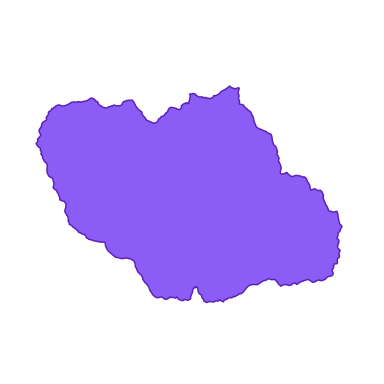 outline of San José Del Palmar, Chocó, Colombia, rotated 68°
{"feature_id": "7082276B34896182965166", "entity_name": "San José Del Palmar", "entity_type": "district", "adm_level": 2, "iso_a3": "COL", "parent_name": "Colombia", "parent_adm1": "Chocó", "projection": "mercator", "projection_center": [-76.278, 4.967], "detail": "fine", "context": "isolated", "style": "filled", "palette": "violet", "viewbox_px": 384, "rotation_deg": 68, "n_neighbors": 0, "source": "geoboundaries", "source_scale": "gbopen_adm2", "svg_char_len": 5990}
<svg xmlns="http://www.w3.org/2000/svg" viewBox="0 0 384 384"><g transform="rotate(68 192 192)"><path d="M280.2,65.9L278.6,66.1L277.2,66.9L275.1,66.9L269.1,65.7L266.6,65.0L264.4,64.9L263.9,65.6L263.9,67.7L263.7,68.7L262.1,70.2L261.6,71.2L260.9,72.0L260.3,72.2L256.1,72.2L254.0,72.6L247.1,72.7L244.0,71.3L240.4,71.5L238.9,72.1L238.2,73.0L238.1,74.1L237.5,75.1L236.0,76.0L234.9,77.3L234.8,80.6L234.6,81.1L232.4,81.1L230.4,80.4L227.6,80.5L226.1,81.0L222.2,81.0L220.7,81.8L219.9,82.4L219.5,84.0L217.8,85.5L216.0,88.4L215.4,90.0L215.4,92.2L215.1,93.3L214.2,94.8L213.2,95.0L211.4,96.2L210.2,96.4L209.3,97.0L209.5,100.2L209.2,101.4L208.3,102.8L206.6,102.8L203.9,100.7L202.3,100.1L199.5,99.9L195.1,100.1L193.3,98.6L190.1,98.8L189.2,99.1L188.7,99.0L186.8,97.7L183.6,97.3L182.0,97.3L180.4,97.7L179.0,98.6L177.9,98.6L174.5,98.2L170.1,97.1L169.1,97.1L167.9,97.3L167.0,98.0L165.4,100.2L163.8,100.5L161.8,102.7L160.0,104.3L158.8,105.9L157.8,106.5L156.2,108.0L149.2,108.0L146.4,107.2L139.8,107.7L138.6,108.1L136.7,109.6L135.1,110.0L134.2,110.7L132.5,111.4L130.9,111.7L129.7,112.7L128.3,115.0L127.6,115.1L126.2,114.1L125.7,114.0L122.4,113.8L120.7,112.4L116.8,111.9L113.9,109.6L113.5,109.4L112.7,109.8L112.7,111.5L112.3,113.6L109.9,116.4L108.0,117.2L108.0,117.8L109.2,122.0L109.8,127.5L111.3,130.4L111.3,132.0L111.6,132.4L111.6,133.5L111.6,134.0L111.0,134.8L110.9,135.4L111.0,135.9L112.1,137.3L112.3,139.8L112.0,140.1L112.0,140.8L110.7,142.3L110.7,143.3L109.5,143.9L108.9,146.0L107.8,146.7L106.7,149.4L106.1,150.3L104.0,151.9L103.0,151.9L102.7,152.5L101.6,153.1L101.6,153.7L101.0,154.5L101.1,155.8L100.6,156.4L100.3,157.2L102.4,157.8L104.5,158.9L107.0,160.9L108.5,161.7L108.6,162.8L107.3,163.3L107.1,163.7L107.2,167.0L108.0,169.4L108.4,169.7L109.7,170.1L111.1,172.3L110.0,174.3L108.7,175.3L107.9,176.3L106.6,178.1L106.3,178.9L105.5,179.8L105.9,182.0L106.4,182.4L106.9,183.3L108.3,184.4L109.2,187.2L109.8,188.2L110.5,188.6L110.7,192.5L111.7,193.7L111.6,194.6L111.8,195.6L113.4,197.1L114.0,198.0L114.2,199.1L114.1,201.0L113.3,202.4L108.2,207.3L105.5,207.7L103.5,208.6L101.6,209.0L98.9,208.6L95.5,210.7L91.7,211.9L87.2,212.2L84.6,212.9L83.9,214.2L83.6,215.8L82.9,217.3L82.6,221.7L83.4,223.1L84.6,224.0L84.9,224.6L85.0,225.6L84.9,226.9L84.0,229.2L83.7,229.9L82.5,231.3L82.1,232.4L82.4,233.9L82.0,234.5L82.1,235.9L81.8,237.0L82.1,239.6L80.6,242.3L78.2,244.2L76.2,245.5L72.9,245.8L71.1,247.3L70.6,247.3L68.9,248.2L67.9,249.0L67.2,250.2L67.1,251.5L67.7,252.9L67.9,255.1L67.8,257.2L67.2,259.3L67.2,261.0L65.7,263.4L65.4,265.7L64.3,267.5L63.7,269.8L64.4,274.4L64.4,277.6L63.7,280.0L61.5,282.5L61.2,284.1L61.1,285.8L61.7,286.6L61.9,288.5L62.5,289.7L62.2,291.0L63.1,291.5L63.5,292.1L63.9,294.6L64.6,295.4L66.0,295.8L68.4,299.3L69.9,299.4L70.3,299.7L70.8,300.5L71.7,304.6L72.7,305.9L74.7,306.9L76.8,310.0L78.2,311.0L79.8,311.1L81.9,310.8L82.8,311.0L85.0,315.1L87.2,316.1L87.7,316.6L88.5,318.2L89.1,318.4L92.4,317.6L94.6,316.2L95.2,316.3L96.4,317.0L98.7,316.4L99.4,317.4L100.1,317.8L101.7,317.5L102.2,317.1L104.8,317.7L107.5,317.5L109.0,317.1L110.5,316.2L112.8,316.1L118.3,318.7L120.4,319.1L123.5,318.8L125.3,317.7L126.2,316.6L127.7,316.2L132.8,316.9L135.7,319.0L136.2,319.1L138.4,318.1L139.9,317.0L141.7,317.1L143.0,316.7L144.8,316.7L147.7,316.8L149.2,317.4L149.9,317.4L151.7,315.6L152.8,313.9L156.0,313.3L159.1,314.9L161.3,316.6L162.1,317.0L163.4,317.3L165.5,316.8L166.8,316.8L167.3,316.5L169.5,316.4L171.5,317.0L172.1,317.6L172.5,317.7L175.6,317.5L176.1,317.8L176.2,317.5L177.3,316.6L179.0,315.7L180.0,315.5L182.8,313.6L185.3,312.5L186.9,312.2L188.0,310.9L190.0,309.2L190.9,307.9L192.5,307.0L195.0,307.0L195.3,306.9L196.0,305.9L197.0,305.6L198.2,304.1L198.6,303.1L200.1,301.9L200.9,300.3L201.4,299.8L204.0,295.9L205.4,292.5L206.0,291.7L207.2,291.7L209.7,292.4L213.6,292.2L216.1,291.4L223.4,287.6L224.1,287.0L225.5,284.5L227.2,282.6L228.1,280.2L228.3,278.5L229.2,276.5L231.4,273.7L233.2,272.3L234.5,271.7L235.3,271.6L237.2,271.6L240.0,272.4L241.0,272.4L241.5,272.1L245.7,272.2L250.4,270.1L252.4,269.9L254.8,270.3L258.4,269.5L260.0,268.6L263.9,267.7L267.8,267.8L273.0,266.7L275.6,265.4L276.7,264.4L277.1,263.5L277.7,260.0L278.2,259.2L280.7,257.6L281.9,256.2L281.8,253.8L281.0,251.9L282.0,251.0L282.3,249.5L284.3,246.9L284.3,246.5L283.6,245.8L285.0,244.7L286.5,244.7L288.1,242.7L289.1,241.9L289.3,241.3L289.0,238.8L290.9,236.3L290.8,234.0L290.0,233.0L288.3,232.3L285.0,229.0L283.4,228.3L281.8,226.7L281.6,225.9L282.0,225.1L281.3,224.7L281.3,224.2L281.9,223.9L281.9,222.9L282.3,222.7L286.1,223.3L287.2,223.7L289.7,223.0L291.5,221.8L293.6,222.3L296.0,221.6L297.7,221.8L298.5,221.0L299.2,220.7L300.0,219.5L299.9,217.3L300.8,215.9L301.1,214.6L302.2,213.1L301.8,210.1L303.0,208.9L302.2,206.7L303.6,206.0L305.6,203.9L304.2,202.4L304.1,202.0L304.5,200.7L304.3,200.3L304.4,199.7L304.0,198.5L304.1,196.2L305.0,195.0L304.8,193.9L304.2,193.0L305.1,191.8L304.6,189.0L304.6,187.4L304.0,186.1L304.6,184.9L304.7,184.3L303.9,181.6L302.1,179.0L301.8,178.0L300.9,176.6L299.9,173.3L300.4,171.6L300.7,169.7L302.4,166.3L302.4,165.5L301.9,164.6L301.8,162.4L301.3,161.4L301.1,158.4L301.6,156.8L300.9,154.1L301.4,153.1L303.1,151.1L303.5,149.6L303.9,149.2L304.1,147.6L305.5,147.5L306.0,147.0L307.0,147.0L307.8,146.6L310.0,146.2L311.4,145.3L312.4,145.1L312.6,144.6L312.3,142.4L312.4,140.9L313.2,139.6L313.2,139.0L314.8,137.4L315.1,136.3L315.3,134.7L314.6,132.2L314.9,130.9L315.6,130.1L316.5,129.9L317.0,129.2L316.0,125.1L316.0,122.9L316.5,117.4L317.5,116.1L320.3,114.4L321.1,113.6L321.3,111.4L320.9,108.5L321.3,107.1L322.4,105.9L322.9,104.3L322.8,101.0L322.0,99.6L321.5,98.0L321.6,96.3L321.9,95.8L322.0,93.6L321.4,92.3L320.2,91.5L318.1,91.5L317.6,91.7L316.9,91.3L316.5,90.6L315.0,89.0L312.3,87.5L312.2,86.0L312.6,85.3L312.7,84.5L312.3,83.8L308.5,82.4L308.0,81.5L307.9,80.4L307.5,79.6L305.5,79.0L304.6,79.0L303.3,78.3L302.3,77.0L301.7,76.8L301.2,76.6L299.2,77.7L297.0,77.6L294.2,75.2L292.4,74.1L290.7,74.0L290.0,74.8L288.8,74.8L287.3,73.0L284.8,72.0L283.7,69.5L281.6,67.7L280.2,65.9Z" fill="#8b5cf6" stroke="#5b21b6" stroke-width="1.5"/></g></svg>